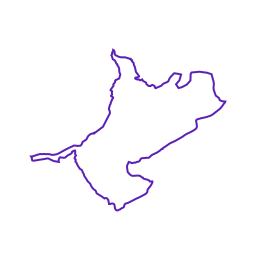 the district of Kiri, Bandundu, Democratic Republic of the Congo, rotated 80°
{"feature_id": "63176286B37259268611319", "entity_name": "Kiri", "entity_type": "district", "adm_level": 2, "iso_a3": "COD", "parent_name": "Democratic Republic of the Congo", "parent_adm1": "Bandundu", "projection": "albers", "projection_center": [19.184, -1.724], "detail": "fine", "context": "isolated", "style": "outline", "palette": "violet", "viewbox_px": 256, "rotation_deg": 80, "n_neighbors": 0, "source": "geoboundaries", "source_scale": "gbopen_adm2", "svg_char_len": 5707}
<svg xmlns="http://www.w3.org/2000/svg" viewBox="0 0 256 256"><g transform="rotate(80 128 128)"><path d="M86.3,78.4L88.7,80.0L89.0,80.3L89.5,81.2L90.5,85.5L92.2,88.0L93.3,92.7L93.6,93.8L93.0,94.4L92.4,94.5L91.6,94.4L90.8,95.0L89.8,96.6L90.0,97.4L90.5,98.3L90.6,98.7L90.4,99.4L90.1,100.4L88.1,102.2L86.5,102.3L86.2,102.5L84.3,105.0L83.5,105.3L82.6,105.6L82.8,106.1L82.9,106.4L83.1,107.1L83.2,107.4L83.0,108.0L82.4,108.4L82.1,108.8L81.9,110.4L80.9,111.9L80.6,112.3L80.1,112.2L79.7,112.0L79.7,110.9L79.7,109.8L79.7,109.4L79.6,108.9L79.4,108.5L79.2,108.2L78.8,108.1L76.0,109.5L73.9,110.5L71.5,110.5L69.5,110.6L68.4,110.8L67.2,111.2L66.3,111.2L65.1,111.2L64.1,111.7L63.6,112.2L62.9,112.4L61.9,112.2L61.5,113.1L61.0,113.1L60.4,113.3L60.2,113.5L60.3,113.9L60.2,114.4L60.2,114.5L59.5,115.2L59.2,116.1L58.0,118.2L58.0,118.3L57.2,122.3L56.9,123.4L56.2,124.8L54.5,127.1L54.3,127.5L53.9,127.8L52.8,128.3L52.3,128.3L51.8,128.1L51.6,128.0L50.0,128.1L49.2,128.3L49.1,128.6L48.6,129.1L49.0,129.2L49.5,129.3L51.1,130.6L51.9,130.6L52.0,130.6L53.5,131.7L54.3,131.4L54.7,131.4L56.5,131.2L57.7,130.9L58.0,130.5L59.2,129.3L60.2,128.8L62.3,128.4L62.7,128.2L63.3,127.5L63.9,127.4L64.6,127.6L65.9,126.8L67.0,126.5L68.2,126.4L69.4,126.6L71.5,126.8L73.7,126.3L74.3,126.4L75.3,127.0L77.5,127.9L77.8,128.2L78.1,130.0L78.5,130.7L78.6,131.7L79.0,132.2L79.6,132.6L80.5,132.7L82.4,134.8L82.8,135.0L83.9,134.9L87.1,138.3L87.9,138.6L88.5,137.8L88.8,137.4L89.3,137.3L90.4,137.8L92.2,137.8L92.6,138.1L93.3,139.1L93.7,139.1L95.2,137.4L95.8,137.4L97.2,138.8L97.6,139.0L98.1,139.1L98.3,139.3L98.8,139.8L100.0,140.6L101.0,140.8L102.4,142.0L105.6,143.4L106.0,143.5L108.1,143.1L109.6,143.1L109.8,143.1L110.6,143.4L114.2,146.2L122.4,152.4L127.0,161.4L126.7,161.3L126.7,162.1L127.3,163.5L127.3,164.9L127.6,166.2L128.5,167.8L129.2,168.8L131.8,170.8L132.3,171.4L133.9,175.2L134.1,175.3L135.3,175.9L136.7,177.2L137.0,177.6L137.2,178.5L136.8,180.4L136.9,181.1L136.5,181.9L136.1,183.3L135.9,184.3L136.4,185.9L136.7,187.4L137.0,188.3L137.7,190.8L138.6,193.8L139.8,197.2L140.7,199.8L141.2,201.6L141.5,203.2L141.5,204.8L141.3,207.4L140.8,208.5L140.2,209.9L139.8,211.3L139.7,211.9L139.4,214.0L139.0,215.0L138.8,217.5L138.4,218.8L138.4,220.0L139.0,224.5L139.4,227.0L139.2,228.4L140.2,228.0L141.0,227.9L142.1,228.1L143.3,227.9L143.7,227.0L143.9,225.6L143.9,223.9L143.9,222.1L143.9,220.3L144.0,217.3L144.0,215.3L144.0,213.7L144.0,213.0L144.0,212.2L144.4,211.4L145.3,210.3L146.1,209.1L147.1,207.7L147.8,206.6L148.1,205.6L149.4,202.0L148.1,202.1L147.6,201.8L147.0,201.6L146.2,201.1L145.9,201.0L145.2,200.3L145.1,199.8L145.5,198.6L146.0,197.1L146.2,196.3L146.2,195.0L145.8,194.2L145.1,193.3L144.0,190.7L143.9,189.6L143.5,189.2L143.2,188.2L142.1,187.1L141.8,187.2L141.0,185.7L141.0,184.3L141.0,184.1L141.4,184.0L142.3,184.1L143.7,184.5L144.6,184.6L146.0,184.0L146.6,184.6L147.3,185.3L147.5,185.4L147.8,185.5L148.8,185.9L149.9,185.0L150.5,185.0L151.5,185.5L152.0,185.6L153.4,184.7L154.9,184.5L157.6,183.5L158.5,183.0L158.9,182.8L159.3,182.8L159.7,182.6L161.3,180.8L162.7,180.4L163.9,180.3L164.1,180.2L165.5,179.6L166.6,179.4L167.2,179.5L168.7,178.9L173.7,176.8L175.7,175.3L177.0,174.7L178.3,174.5L180.7,173.5L182.2,172.6L183.8,171.0L184.6,170.6L186.6,170.3L187.1,170.0L188.8,168.1L191.0,165.6L193.3,163.4L193.1,162.7L193.2,161.8L193.6,161.0L194.5,160.4L195.7,159.9L197.2,159.9L198.3,159.9L199.6,159.9L199.8,159.0L199.5,157.2L199.7,156.2L200.4,155.1L201.2,154.7L202.4,154.7L203.5,154.7L205.1,154.7L206.1,154.4L206.5,154.2L207.0,153.6L207.4,152.8L207.3,152.1L207.0,151.5L206.8,150.0L206.1,148.7L205.4,146.2L204.8,145.6L203.4,145.1L202.1,143.8L201.9,142.4L201.8,141.4L201.7,140.8L201.0,138.4L200.5,136.9L200.0,135.2L199.3,133.0L198.9,131.7L198.7,130.7L198.3,129.2L197.8,127.6L197.4,126.3L196.9,124.8L196.7,124.1L196.3,123.3L196.2,122.5L195.9,121.9L195.4,121.2L194.8,120.6L194.3,120.1L193.6,119.8L193.1,119.7L192.5,119.6L191.9,119.1L191.3,118.5L190.6,117.8L190.0,117.2L189.5,116.5L189.0,116.0L188.5,115.4L187.7,114.9L187.1,114.3L186.7,114.0L186.1,113.7L185.6,113.4L185.3,113.3L185.0,113.2L184.7,113.4L184.7,114.4L184.5,115.8L183.6,116.2L182.9,116.7L180.6,121.3L180.2,121.8L179.6,121.9L179.6,122.2L178.1,123.7L177.7,123.9L176.9,125.2L176.7,126.1L176.5,126.8L176.4,127.6L176.3,128.4L176.3,128.9L176.2,129.5L176.1,130.2L176.1,130.9L176.0,131.4L175.7,132.2L175.4,132.9L175.0,133.4L174.5,133.8L173.6,134.5L173.1,134.9L172.3,135.2L171.8,135.7L171.6,135.9L169.7,135.9L165.8,135.7L164.5,135.2L164.1,134.9L161.6,133.1L162.0,132.5L162.4,131.4L163.2,130.4L163.3,129.4L163.2,128.3L163.2,127.6L163.4,126.6L162.9,125.1L163.0,123.9L162.7,122.8L162.4,122.2L160.6,120.8L160.2,119.8L160.2,118.8L160.5,116.7L160.5,116.2L160.4,115.4L160.8,114.0L160.9,113.2L160.8,112.6L160.4,111.7L159.8,110.8L159.4,110.3L158.9,109.5L158.4,108.0L158.1,107.0L157.9,106.2L157.7,105.5L157.6,104.8L157.3,104.0L157.0,103.2L156.8,102.7L156.4,101.9L156.1,101.1L155.8,100.5L155.5,100.0L155.0,99.4L154.7,98.8L154.6,98.3L154.6,97.6L154.0,97.4L152.8,94.5L150.4,89.4L149.4,85.5L148.9,83.7L147.2,79.0L146.2,76.1L144.8,73.3L143.8,70.5L143.1,67.8L142.2,65.0L141.5,63.2L141.1,62.3L140.5,61.3L139.9,60.6L139.1,60.1L138.2,59.8L135.0,59.7L132.6,59.7L132.1,59.4L131.6,58.6L131.3,56.6L131.0,53.4L131.0,51.0L130.8,48.6L130.6,47.2L130.4,45.8L129.9,43.5L129.1,41.7L127.8,39.3L126.3,36.4L124.8,33.8L122.9,31.5L121.0,29.7L119.7,28.1L118.8,27.6L118.5,29.1L117.6,31.3L116.7,32.5L116.3,32.8L114.2,33.3L111.5,35.8L110.5,36.1L106.9,36.7L105.7,36.8L105.3,37.0L103.2,36.8L101.8,36.4L100.1,35.9L98.6,35.7L97.3,35.7L89.5,36.4L87.1,41.0L86.5,43.2L85.0,47.8L84.4,55.7L85.3,56.8L92.1,58.3L95.4,62.4L97.2,68.0L97.4,71.3L93.3,73.1L90.0,69.1L84.6,66.4L83.4,69.1L82.1,73.0L84.7,76.6L86.3,78.4Z" fill="none" stroke="#5b21b6" stroke-width="2"/></g></svg>